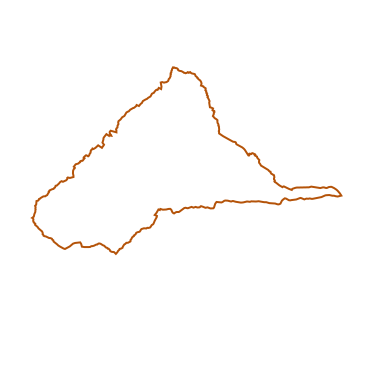 Noen Kham, Chai Nat, Thailand (Equal Earth projection), rotated 116°
{"feature_id": "78962969B80984630851813", "entity_name": "Noen Kham", "entity_type": "district", "adm_level": 2, "iso_a3": "THA", "parent_name": "Thailand", "parent_adm1": "Chai Nat", "projection": "equal_earth", "projection_center": [99.836, 15.024], "detail": "fine", "context": "isolated", "style": "outline", "palette": "amber", "viewbox_px": 384, "rotation_deg": 116, "n_neighbors": 0, "source": "geoboundaries", "source_scale": "gbopen_adm2", "svg_char_len": 6062}
<svg xmlns="http://www.w3.org/2000/svg" viewBox="0 0 384 384"><g transform="rotate(116 192 192)"><path d="M88.4,263.7L90.4,263.8L91.6,263.4L92.3,263.6L93.6,263.0L94.5,263.3L95.3,263.0L95.4,262.6L96.5,262.5L97.3,262.0L99.8,262.0L100.6,262.4L102.6,262.1L103.8,262.7L104.7,263.4L105.1,264.2L105.6,264.6L106.0,265.2L106.3,267.0L107.3,268.1L110.7,265.6L113.0,264.9L113.0,267.5L115.3,267.7L115.5,268.5L116.1,269.0L118.4,269.7L119.2,269.6L121.3,271.1L124.3,271.2L126.6,272.7L128.1,273.3L129.2,274.3L131.8,276.0L134.1,276.1L135.1,276.7L138.0,277.4L138.1,279.9L139.4,279.9L141.3,280.8L142.1,281.3L142.3,281.7L145.1,283.6L147.2,284.2L148.2,285.1L149.3,285.8L153.3,286.1L155.4,287.5L158.1,288.0L160.5,289.1L161.7,288.9L163.2,287.9L165.1,288.0L166.7,287.3L168.0,287.8L169.0,287.7L169.6,287.0L170.2,286.8L171.5,286.1L172.6,292.0L174.0,292.3L175.0,291.9L176.1,290.5L176.2,289.9L176.8,289.2L177.5,291.5L177.9,291.4L177.5,294.3L181.8,295.2L182.6,295.1L183.8,294.6L186.9,294.1L188.1,291.8L189.8,292.0L190.8,292.3L191.4,292.2L191.8,292.3L191.2,296.8L194.6,298.1L196.3,299.2L196.7,299.6L196.6,300.5L197.6,300.5L198.5,301.0L199.3,301.1L200.1,300.7L200.8,300.7L201.2,300.4L202.8,300.7L204.1,300.5L205.3,300.8L205.5,301.2L205.3,302.4L205.4,303.3L207.1,304.1L208.4,304.5L208.9,304.4L208.9,303.4L211.7,304.0L212.1,304.3L212.3,304.9L213.1,305.7L213.6,305.9L213.8,305.6L214.4,305.7L215.4,306.4L216.1,306.5L218.1,308.7L221.1,309.3L221.5,308.0L222.2,307.8L223.1,308.3L225.0,308.2L227.4,307.2L229.3,305.7L230.5,305.1L232.9,307.9L233.4,310.0L234.1,310.3L234.6,309.9L235.2,309.8L236.6,310.2L239.4,312.5L239.4,313.9L239.9,314.3L241.2,315.0L242.5,315.2L245.6,316.4L246.2,317.3L248.0,317.1L249.0,317.7L249.9,317.8L250.8,318.9L253.0,320.7L254.4,320.9L254.5,320.5L255.3,320.5L255.9,320.7L258.3,320.8L259.3,321.6L260.1,321.9L260.8,323.2L261.4,323.9L263.9,325.5L264.7,325.7L265.3,326.4L266.4,326.3L267.1,326.5L268.3,327.8L271.4,326.6L272.2,326.6L273.0,326.9L273.1,326.7L273.5,326.7L274.2,325.9L275.6,325.5L276.2,324.9L276.7,324.9L278.6,324.1L280.9,324.0L283.5,323.4L285.3,324.3L285.3,323.7L286.0,322.6L287.1,322.3L288.3,321.5L288.6,320.4L289.2,319.9L289.2,319.0L290.3,318.6L291.1,315.5L292.0,314.0L293.2,309.4L294.4,308.1L295.4,307.8L295.6,307.0L296.4,306.2L296.3,304.8L296.0,303.9L296.0,300.3L295.5,299.0L295.4,297.7L295.5,297.3L296.1,296.7L296.2,295.5L297.2,294.7L298.2,290.2L298.7,288.8L298.9,286.8L299.1,282.7L298.9,281.2L294.5,278.0L290.6,276.3L289.1,274.8L286.3,270.4L287.3,268.8L289.4,267.0L288.7,264.7L286.2,259.6L284.8,258.7L284.4,257.9L283.3,256.6L281.1,254.9L280.8,254.2L279.4,253.5L278.9,252.8L278.6,251.5L278.9,248.8L278.8,247.3L279.6,245.1L279.4,243.8L279.9,242.9L279.5,242.2L280.1,240.5L280.8,239.8L281.0,239.1L280.9,237.6L280.4,236.5L280.2,235.6L281.0,233.3L278.9,232.7L277.3,232.6L275.7,232.0L274.9,232.1L273.8,230.8L272.6,230.0L271.5,230.2L268.9,229.9L267.9,229.2L266.4,228.7L265.7,227.3L263.5,225.7L263.1,225.7L262.3,226.2L260.9,225.9L258.9,225.9L257.1,224.9L256.6,225.2L256.0,224.8L254.8,224.2L253.1,224.2L252.1,223.4L250.7,221.7L249.3,221.4L248.2,221.4L247.4,221.1L245.7,219.3L244.8,217.1L243.8,216.5L243.3,215.2L242.1,214.0L239.4,213.7L238.0,212.8L237.3,212.7L234.0,212.9L230.1,212.7L228.9,213.0L229.0,215.4L226.5,214.8L222.4,214.5L222.3,213.0L221.1,213.0L220.7,210.5L219.1,207.6L217.6,205.8L216.7,204.2L217.0,202.9L218.8,200.7L219.2,199.4L219.1,198.7L217.5,197.8L216.6,196.9L215.9,195.3L215.4,194.8L209.8,191.9L209.0,190.9L208.6,189.1L208.3,188.5L205.6,185.9L205.4,183.8L203.8,182.2L203.6,180.5L202.7,178.8L202.2,178.3L201.1,178.0L200.8,177.7L200.5,175.9L200.3,173.0L199.0,171.3L198.7,168.3L197.4,165.8L196.4,165.4L192.3,166.0L190.2,165.6L188.5,161.0L187.7,160.2L185.7,159.1L185.0,158.2L184.1,156.0L183.5,153.0L183.2,152.4L182.4,151.7L182.1,151.1L181.6,148.4L180.1,143.4L178.9,141.4L176.4,138.4L175.4,135.6L174.4,134.6L172.5,130.3L171.1,128.1L169.6,122.9L168.6,120.7L168.1,117.6L165.9,112.2L165.6,109.9L165.2,108.8L164.8,108.3L163.7,107.4L160.4,107.4L158.4,106.6L157.0,105.8L156.7,104.5L156.9,101.3L156.5,100.1L155.7,99.1L153.0,95.0L149.9,92.1L149.6,91.1L149.4,87.8L147.8,86.3L147.1,84.5L146.2,83.4L145.7,81.4L145.2,80.5L139.8,73.4L136.7,70.8L136.2,70.2L134.5,67.2L133.8,64.1L133.1,62.7L132.8,61.0L132.2,59.1L129.8,56.2L128.4,58.5L127.1,61.5L126.6,63.1L126.2,65.9L126.2,68.8L126.5,69.5L127.5,71.1L129.3,72.6L129.7,73.6L130.0,75.4L130.4,76.3L132.2,78.4L134.9,87.2L136.5,88.9L142.1,99.8L143.0,101.0L145.2,103.2L146.4,103.2L146.7,106.1L146.7,111.9L147.0,112.3L148.0,112.8L147.7,116.5L146.8,120.5L146.7,121.9L146.4,122.5L145.8,122.4L145.3,122.6L144.7,123.8L143.8,124.3L142.7,124.4L141.0,125.6L141.1,126.2L140.8,127.3L140.8,128.7L140.2,129.7L139.4,130.3L139.6,130.9L139.3,131.5L139.3,132.1L138.8,133.0L138.0,141.6L137.0,143.0L136.3,144.5L135.3,145.1L133.8,145.5L132.8,148.0L132.2,148.8L131.7,149.1L131.6,151.4L130.8,151.3L130.5,151.7L130.7,152.3L130.5,152.9L130.7,153.5L130.5,154.0L130.6,154.7L131.2,155.3L131.9,155.4L132.2,156.2L132.2,156.9L132.5,157.3L133.2,157.3L133.3,156.9L133.9,156.6L134.3,156.8L134.4,157.4L131.0,162.9L130.4,164.3L129.9,166.3L129.6,172.9L129.4,173.3L128.5,174.1L128.2,174.5L128.2,175.4L128.8,177.1L128.7,179.4L128.2,188.4L127.5,193.3L125.6,194.3L125.5,194.6L124.0,194.9L122.3,196.0L121.7,196.2L120.8,197.4L120.4,197.3L119.2,198.4L118.9,199.1L117.9,199.9L116.3,200.6L115.9,201.9L115.7,203.9L114.6,206.5L112.1,206.6L111.7,207.0L110.8,207.2L110.3,206.9L109.5,207.4L109.4,207.6L109.7,208.8L109.5,209.5L107.7,209.7L107.7,211.5L108.0,213.0L104.2,215.7L102.6,216.1L100.4,218.8L100.1,219.6L98.9,219.7L98.4,221.1L97.3,221.3L97.0,222.2L96.4,222.3L95.9,223.2L95.1,223.4L94.7,224.6L93.4,224.8L93.2,225.1L92.8,225.3L92.5,227.7L92.1,228.1L92.4,230.6L90.5,230.9L89.3,231.8L88.2,233.4L87.7,235.9L87.0,236.8L87.1,237.4L86.5,238.0L86.2,239.6L84.9,241.0L84.9,241.7L85.5,244.2L85.4,245.4L85.1,246.0L85.6,246.3L85.6,247.0L86.3,247.3L86.2,248.4L87.2,248.9L88.1,249.9L88.1,250.7L88.4,251.3L88.2,251.7L88.0,254.4L88.5,256.0L88.6,257.4L88.3,258.2L87.9,258.4L87.6,258.8L87.4,260.1L87.8,261.0L87.9,262.7L88.4,262.8L88.4,263.7Z" fill="none" stroke="#b45309" stroke-width="2"/></g></svg>